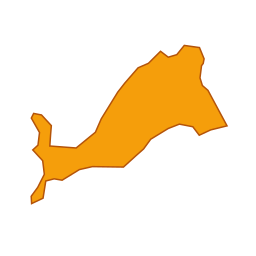 Bankilaré, Tillabéri, Niger, rotated 11°
{"feature_id": "23599985B18164013569517", "entity_name": "Bankilaré", "entity_type": "district", "adm_level": 2, "iso_a3": "NER", "parent_name": "Niger", "parent_adm1": "Tillabéri", "projection": "orthographic", "projection_center": [0.586, 14.454], "detail": "fine", "context": "isolated", "style": "filled", "palette": "amber", "viewbox_px": 256, "rotation_deg": 11, "n_neighbors": 0, "source": "geoboundaries", "source_scale": "gbopen_adm2", "svg_char_len": 721}
<svg xmlns="http://www.w3.org/2000/svg" viewBox="0 0 256 256"><g transform="rotate(11 128 128)"><path d="M47.8,220.6L58.0,213.1L57.4,195.7L65.2,192.0L73.3,191.8L88.2,178.1L100.4,172.7L131.0,167.2L141.3,153.4L147.3,145.6L152.4,134.7L167.6,120.8L177.7,114.4L191.4,114.4L199.3,121.5L209.5,114.1L224.8,107.0L199.3,75.8L192.9,72.1L189.1,65.1L188.3,52.8L189.5,50.3L189.5,45.6L182.8,35.4L167.5,36.2L161.9,46.7L154.0,50.8L145.3,46.5L135.7,60.6L126.4,67.0L116.3,84.5L111.1,94.7L100.0,124.1L96.8,138.4L80.9,157.5L54.7,160.6L53.3,149.5L52.3,140.3L40.6,131.7L32.6,131.7L31.2,136.7L42.0,149.3L42.9,162.0L38.7,167.7L50.5,176.4L54.7,189.4L50.7,203.5L46.0,213.5L47.8,220.6Z" fill="#f59e0b" stroke="#b45309" stroke-width="1.5"/></g></svg>